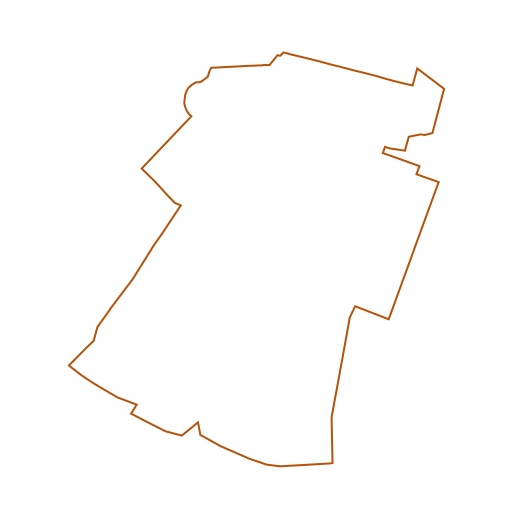 Carna, Dolj, Romania (Equal Earth projection), rotated 7°
{"feature_id": "2599482B28740347601774", "entity_name": "Carna", "entity_type": "district", "adm_level": 2, "iso_a3": "ROU", "parent_name": "Romania", "parent_adm1": "Dolj", "projection": "equal_earth", "projection_center": [23.609, 43.848], "detail": "fine", "context": "isolated", "style": "outline", "palette": "amber", "viewbox_px": 512, "rotation_deg": 7, "n_neighbors": 0, "source": "geoboundaries", "source_scale": "gbopen_adm2", "svg_char_len": 1751}
<svg xmlns="http://www.w3.org/2000/svg" viewBox="0 0 512 512"><g transform="rotate(7 256 256)"><path d="M422.4,67.2L393.2,50.2L392.2,57.2L391.8,60.0L390.7,67.6L381.4,66.7L381.1,66.7L379.1,66.4L369.8,65.3L359.3,63.7L359.2,63.7L355.1,62.9L349.2,62.1L347.6,61.9L336.1,60.5L328.2,59.6L327.3,59.4L320.4,58.5L317.2,58.0L311.1,57.3L307.1,56.8L306.4,56.7L303.5,56.3L300.6,55.9L297.8,55.5L295.9,55.2L292.9,54.8L289.5,54.4L283.7,53.7L278.8,53.1L274.3,52.6L269.9,52.1L266.9,51.8L263.7,51.3L259.2,50.7L258.5,50.7L257.9,51.2L256.4,53.4L255.6,54.2L254.3,54.3L253.4,54.2L252.8,54.1L252.3,55.0L246.2,64.8L240.0,65.6L238.8,66.0L237.0,66.3L231.5,67.2L223.8,68.4L216.9,69.7L209.3,71.0L194.2,73.7L188.6,74.6L187.6,77.2L186.8,80.9L186.4,83.7L184.8,85.4L182.5,87.7L179.5,90.2L175.2,91.0L171.1,94.2L168.4,97.4L166.9,101.0L166.1,105.0L166.1,112.5L167.3,116.3L169.6,120.4L172.1,123.2L174.8,125.2L135.9,177.7L131.9,183.2L146.3,194.1L161.2,206.9L169.1,213.3L170.5,213.6L175.2,214.9L160.5,244.4L153.1,258.3L136.5,293.9L118.6,324.8L116.3,329.3L107.2,346.1L105.2,360.1L99.2,367.3L83.7,387.4L84.3,387.9L96.8,395.4L103.5,398.8L109.6,401.8L115.8,404.6L122.0,407.3L132.0,411.6L133.2,412.1L134.5,412.7L135.9,413.3L155.7,418.1L151.2,427.7L169.7,434.6L187.5,441.0L204.2,443.3L218.7,428.2L222.6,440.4L244.4,449.2L274.3,458.1L292.2,461.8L305.4,461.8L330.0,457.4L354.5,452.9L357.2,452.1L354.4,432.8L353.2,424.6L350.7,406.9L352.0,384.3L352.1,383.4L356.0,316.5L356.5,305.8L360.5,293.8L395.4,302.6L404.4,263.8L409.1,243.5L413.9,222.4L428.3,160.4L412.9,157.0L405.3,155.3L407.3,146.9L392.9,143.6L369.4,138.4L370.7,132.0L375.5,132.9L391.0,133.3L393.1,119.0L403.4,115.6L404.9,115.3L408.8,115.3L416.1,112.5L420.4,81.3L421.7,71.7L422.4,67.2Z" fill="none" stroke="#b45309" stroke-width="2"/></g></svg>